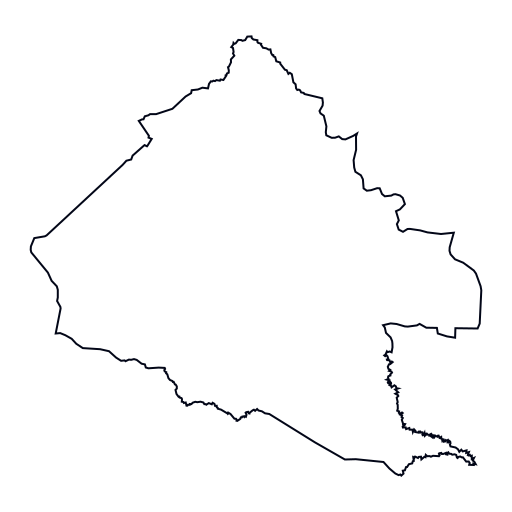 Bua Yai, Nakhon Ratchasima, Thailand (Albers equal-area conic projection)
{"feature_id": "78962969B3783479012099", "entity_name": "Bua Yai", "entity_type": "district", "adm_level": 2, "iso_a3": "THA", "parent_name": "Thailand", "parent_adm1": "Nakhon Ratchasima", "projection": "albers", "projection_center": [102.418, 15.596], "detail": "fine", "context": "isolated", "style": "outline", "palette": "ink", "viewbox_px": 512, "rotation_deg": 0, "n_neighbors": 0, "source": "geoboundaries", "source_scale": "gbopen_adm2", "svg_char_len": 6032}
<svg xmlns="http://www.w3.org/2000/svg" viewBox="0 0 512 512"><path d="M55.7,333.5L60.2,333.1L65.3,335.2L71.7,338.8L76.3,343.8L82.8,348.1L100.1,349.2L109.0,351.2L116.1,357.6L121.1,360.8L124.6,360.4L125.5,361.2L128.9,359.6L131.2,359.8L134.0,359.1L136.7,359.9L141.6,363.7L144.9,364.4L145.8,367.5L148.4,368.3L158.7,367.6L164.7,367.9L165.1,368.9L164.3,370.1L164.7,371.4L166.3,372.2L166.1,373.3L167.3,374.3L168.4,378.1L170.0,380.0L172.4,381.0L172.9,382.0L173.7,381.9L174.9,384.4L175.7,384.6L176.8,386.4L176.8,388.6L175.5,389.9L176.5,394.0L178.6,396.8L179.4,396.6L179.7,397.6L181.5,398.1L182.0,399.1L181.8,401.7L183.4,402.0L183.9,403.0L185.7,402.5L186.5,405.7L187.4,405.7L187.9,404.8L189.7,404.8L189.8,404.0L191.4,404.1L192.7,402.7L195.3,401.8L197.3,402.2L200.5,401.7L203.4,402.5L204.3,404.1L205.7,404.1L206.3,404.7L208.8,403.1L211.8,404.3L212.6,402.8L214.4,403.8L215.1,405.9L216.7,405.8L216.8,407.3L217.7,407.8L217.8,408.7L221.0,409.6L227.0,413.2L227.7,412.7L228.0,413.8L229.0,413.1L230.5,414.0L234.4,418.7L236.0,418.8L236.7,419.7L236.5,420.7L237.3,420.9L240.3,418.9L240.8,417.4L242.0,417.3L242.2,416.6L243.8,416.3L244.3,417.0L244.9,416.3L245.9,416.8L246.5,414.8L245.6,412.7L246.2,412.2L248.1,411.8L248.7,413.3L249.5,413.5L249.7,412.7L252.7,410.3L253.9,409.7L255.1,410.8L257.1,409.0L258.5,410.5L261.9,411.3L265.0,413.3L269.3,414.0L315.0,442.4L344.9,459.5L355.8,459.2L383.5,462.0L389.4,468.5L395.3,473.5L398.6,475.1L400.4,474.5L401.3,475.6L403.5,473.6L402.8,470.7L404.9,470.3L406.0,467.1L407.1,467.0L408.9,464.2L412.2,463.4L412.8,461.2L413.8,460.9L413.3,457.3L414.3,457.9L414.5,456.7L415.2,456.6L418.0,458.0L418.8,456.9L421.0,456.7L421.4,459.4L424.4,456.8L425.5,457.2L425.8,454.9L427.3,456.2L429.7,456.1L430.9,456.7L433.0,455.8L439.0,456.2L439.7,455.0L438.9,453.8L439.2,453.3L441.3,452.9L441.9,454.0L443.5,453.9L445.9,452.9L446.0,454.3L447.3,454.6L447.3,453.0L448.3,452.3L449.2,453.7L451.3,453.9L452.2,454.7L454.6,454.3L456.2,454.9L456.9,457.5L457.6,458.0L458.2,457.0L460.2,456.5L461.8,457.4L462.9,457.3L466.2,461.6L468.7,461.5L469.7,463.0L469.2,464.8L473.7,465.0L473.4,463.7L475.7,464.2L474.3,461.7L472.7,460.5L474.0,457.9L471.8,458.8L471.8,455.7L470.5,456.1L469.9,454.9L468.5,455.5L467.8,455.1L468.9,452.1L466.2,452.9L466.5,450.4L462.7,451.4L461.3,449.7L459.3,451.8L458.0,449.3L455.6,447.5L450.5,446.4L449.9,444.6L450.5,443.3L450.2,441.6L449.5,441.0L448.4,442.5L447.7,442.4L448.5,440.9L448.0,439.9L446.9,440.7L445.9,440.1L445.3,441.4L443.8,441.7L443.8,439.5L443.1,439.3L442.3,440.5L442.0,439.0L440.6,438.3L441.3,437.8L441.2,436.9L439.5,437.8L438.6,435.6L437.9,435.7L437.4,436.7L435.3,435.7L434.4,437.2L433.6,436.0L432.9,437.7L431.4,436.6L432.7,435.5L430.7,435.6L431.8,434.6L431.2,433.8L429.2,434.9L428.0,434.8L426.9,433.7L426.4,434.4L425.4,433.7L425.8,434.9L424.8,435.8L424.5,433.2L423.8,434.8L422.7,435.2L422.4,434.4L423.3,433.6L422.2,432.3L420.9,432.6L420.3,431.5L418.9,431.6L418.8,432.7L415.2,432.0L415.4,430.8L414.1,429.4L412.9,432.0L412.5,429.7L409.6,429.7L409.3,428.0L406.1,429.1L405.7,427.4L402.9,427.5L402.7,426.6L403.5,426.1L403.2,425.0L404.6,425.0L405.1,424.1L403.1,423.8L401.8,419.8L402.8,418.0L401.5,417.0L402.1,415.5L400.3,414.7L402.6,413.0L402.0,412.5L399.7,413.7L398.8,412.8L399.1,411.4L397.2,410.7L397.8,408.7L397.7,404.8L397.0,403.5L397.7,402.1L396.7,397.7L398.3,396.0L398.0,395.2L395.4,393.7L398.2,392.3L395.2,389.5L398.0,388.5L396.4,388.2L395.9,386.4L394.4,385.3L391.6,387.3L391.2,386.0L389.6,385.1L391.1,383.8L391.0,382.8L390.3,382.0L389.6,383.7L388.2,383.2L387.8,382.3L389.3,380.3L386.8,379.6L388.5,378.8L388.0,377.2L388.4,376.2L390.4,375.5L390.2,374.5L392.0,372.6L391.4,371.5L389.1,370.9L390.1,369.8L388.4,368.8L387.8,366.8L389.0,364.3L390.2,364.1L392.6,362.1L391.8,361.5L390.3,362.4L389.5,360.3L387.1,360.1L386.9,359.5L388.4,359.2L387.5,356.3L386.7,355.4L385.2,356.2L384.3,355.4L385.4,354.7L386.9,351.4L387.5,352.2L389.7,351.5L391.6,352.3L392.5,347.3L392.4,343.3L392.1,341.0L390.6,337.4L386.0,332.9L384.8,327.5L383.1,325.2L390.7,323.4L396.6,324.0L404.8,326.4L407.8,326.6L416.9,325.4L419.6,323.9L426.3,327.7L436.9,327.9L437.8,333.5L447.0,336.4L455.1,337.7L455.4,328.2L477.6,328.5L479.7,323.6L481.3,290.3L480.6,286.2L476.0,273.6L473.8,270.5L463.2,262.7L455.0,259.3L450.6,254.4L449.5,250.8L449.7,247.2L453.8,232.7L441.0,234.0L427.5,232.4L420.2,230.4L409.9,228.9L407.5,229.0L403.0,231.8L398.7,229.6L396.9,224.1L398.8,220.4L396.0,211.2L399.9,209.4L404.9,204.1L402.7,197.8L400.0,195.5L395.5,194.2L393.5,194.4L391.3,195.6L384.8,196.3L382.0,194.0L379.7,188.3L377.1,188.2L371.0,190.2L366.8,190.7L363.6,188.4L362.9,179.3L360.9,175.3L355.4,171.8L354.2,167.5L353.6,160.1L356.1,149.8L356.0,136.5L357.0,133.5L353.2,135.9L345.4,139.4L342.2,139.1L338.8,136.4L335.1,137.7L331.7,137.8L326.3,135.3L325.8,132.2L326.4,126.4L323.8,115.7L320.5,113.4L319.5,111.0L322.6,105.6L322.9,102.5L322.3,98.3L304.4,94.0L303.7,92.9L301.1,92.4L300.1,90.3L298.8,89.6L297.3,90.0L296.1,88.4L295.6,84.3L293.4,82.3L291.8,74.2L289.8,72.8L288.4,73.9L286.7,70.2L284.9,69.7L280.3,63.8L280.2,62.5L276.3,61.3L275.2,57.1L273.5,56.4L273.3,55.1L272.3,55.0L271.2,53.2L270.4,49.4L268.6,49.6L266.3,48.3L263.0,47.8L261.0,44.8L261.2,43.8L258.0,42.8L257.4,42.0L257.4,40.2L253.4,39.5L251.8,38.1L251.5,36.4L247.3,36.6L245.2,40.1L242.4,40.8L241.4,40.1L238.3,39.9L235.7,43.3L234.2,43.9L233.5,43.0L233.2,44.7L231.3,47.1L233.0,48.0L233.6,52.0L233.0,53.4L234.3,55.7L230.9,59.4L231.0,62.3L228.9,66.6L228.0,67.2L228.8,70.2L228.7,72.7L226.9,73.5L226.6,74.8L225.7,75.3L226.1,75.9L223.4,80.0L220.5,79.5L219.9,80.7L216.4,80.1L215.0,81.1L213.4,80.7L212.2,81.5L210.9,81.3L209.0,83.9L208.0,88.4L202.4,87.7L197.9,89.5L191.7,90.2L191.1,93.2L185.6,96.5L172.4,108.8L156.2,114.1L150.1,114.1L148.4,115.3L144.8,116.3L143.5,119.3L142.0,119.4L138.8,120.9L148.9,135.8L148.5,137.6L151.7,138.9L147.5,145.7L147.0,146.3L144.5,145.1L132.6,155.6L131.2,159.5L126.4,160.7L122.7,164.8L46.6,235.4L44.9,236.3L34.3,238.1L30.9,246.4L30.7,249.9L31.3,252.4L47.9,272.6L51.6,280.8L56.8,286.3L57.8,289.8L57.8,297.5L57.1,301.0L60.4,306.9L60.6,308.5L55.7,333.5Z" fill="none" stroke="#020617" stroke-width="2"/></svg>